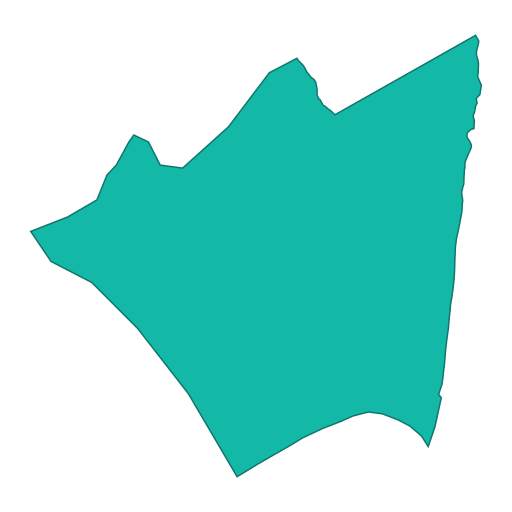 Monkey Town/Ciceron, Castries, Saint Lucia (Mercator projection)
{"feature_id": "8701671B38837551888140", "entity_name": "Monkey Town/Ciceron", "entity_type": "district", "adm_level": 2, "iso_a3": "LCA", "parent_name": "Saint Lucia", "parent_adm1": "Castries", "projection": "mercator", "projection_center": [-61.005, 13.989], "detail": "fine", "context": "isolated", "style": "filled", "palette": "teal", "viewbox_px": 512, "rotation_deg": 0, "n_neighbors": 0, "source": "geoboundaries", "source_scale": "gbopen_adm2", "svg_char_len": 1631}
<svg xmlns="http://www.w3.org/2000/svg" viewBox="0 0 512 512"><path d="M478.5,63.8L478.2,61.4L477.4,58.1L476.6,55.9L476.4,52.7L476.6,50.8L477.2,48.4L478.2,44.5L478.7,42.2L478.6,40.7L477.5,38.7L476.1,36.5L475.6,35.3L334.9,114.8L330.6,110.6L327.9,108.8L325.8,106.8L323.1,105.2L320.0,99.6L318.8,98.8L317.1,95.2L317.1,89.4L315.7,82.1L313.8,79.3L311.4,77.7L306.8,71.9L304.7,67.7L303.1,65.3L298.3,60.5L296.9,58.3L269.4,72.7L228.4,126.9L182.6,168.1L160.2,165.1L148.5,142.0L133.8,135.0L128.9,142.0L116.3,165.1L107.0,175.0L96.9,199.9L67.6,217.0L30.7,231.4L51.1,261.5L91.8,282.5L137.6,328.4L188.5,393.9L237.1,476.7L256.9,464.6L272.4,455.6L291.1,444.9L302.2,438.1L322.3,428.6L341.5,421.1L352.9,416.0L368.4,412.0L382.3,413.8L398.1,419.9L410.1,426.2L421.5,436.0L428.2,446.6L434.9,427.0L441.3,397.7L438.6,394.5L440.5,388.6L441.9,384.6L442.9,377.8L443.6,370.8L444.3,365.6L444.8,360.3L445.3,353.6L446.0,346.1L447.2,336.7L448.4,328.2L449.0,320.8L449.7,313.7L450.2,309.7L450.5,304.6L451.8,297.5L452.8,290.3L453.5,284.6L454.2,277.3L454.6,269.8L454.8,261.8L455.1,254.4L455.4,246.9L456.5,238.4L458.4,229.9L459.5,224.5L460.5,219.1L461.6,213.7L462.0,210.0L462.2,205.2L462.7,200.6L462.3,197.1L461.8,195.0L461.7,192.1L462.7,187.5L463.8,183.9L463.9,179.8L464.1,175.3L464.3,170.9L465.0,166.9L464.8,164.7L465.1,162.0L466.5,158.6L468.3,154.1L469.4,151.8L470.8,148.7L471.4,146.3L471.1,144.3L469.5,141.0L467.4,138.0L466.9,136.1L467.2,133.1L469.3,130.8L471.4,129.2L473.9,128.7L474.4,120.7L473.0,115.9L474.4,112.6L475.8,105.5L477.1,103.1L476.2,98.4L479.9,94.6L481.3,85.2L477.6,76.6L478.1,73.3L478.5,63.8Z" fill="#14b8a6" stroke="#0f766e" stroke-width="1.5"/></svg>